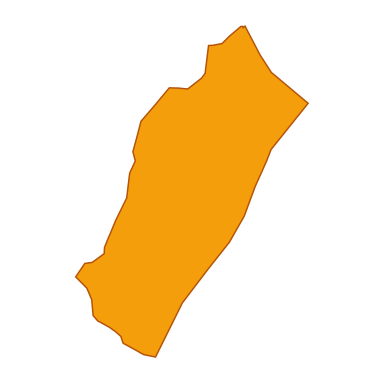 outline of Kerki, Chardzhou, Turkmenistan, rotated 87°
{"feature_id": "10190150B1660542161476", "entity_name": "Kerki", "entity_type": "district", "adm_level": 2, "iso_a3": "TKM", "parent_name": "Turkmenistan", "parent_adm1": "Chardzhou", "projection": "mercator", "projection_center": [64.9, 38.442], "detail": "fine", "context": "isolated", "style": "filled", "palette": "amber", "viewbox_px": 384, "rotation_deg": 87, "n_neighbors": 0, "source": "geoboundaries", "source_scale": "gbopen_adm2", "svg_char_len": 1083}
<svg xmlns="http://www.w3.org/2000/svg" viewBox="0 0 384 384"><g transform="rotate(87 192 192)"><path d="M97.1,84.7L76.8,106.5L57.9,117.3L57.5,117.4L29.1,130.4L30.6,132.3L29.2,132.8L29.3,134.6L38.3,146.4L45.3,154.2L46.6,163.4L46.6,167.8L74.2,172.7L78.8,176.5L88.9,190.9L87.5,200.3L86.8,209.2L100.9,222.3L101.1,222.4L118.8,239.3L132.5,243.6L143.5,247.2L148.7,248.9L150.0,248.6L158.0,247.0L159.6,247.8L169.8,253.2L175.3,254.2L191.0,256.9L194.5,257.5L212.6,267.6L216.8,269.9L231.1,276.7L231.5,277.0L242.8,282.3L249.0,282.9L249.6,283.9L257.1,295.3L257.7,302.7L260.7,305.0L264.6,308.0L270.7,312.6L271.9,311.5L277.5,306.5L281.0,303.4L282.4,302.1L289.2,299.6L290.7,299.1L294.2,297.8L294.5,297.8L310.3,297.2L315.9,292.8L317.7,289.7L319.0,287.6L319.6,286.6L322.7,281.7L325.8,277.8L327.6,275.5L330.5,272.6L332.6,270.5L333.3,270.4L339.4,268.7L344.2,260.9L347.3,255.9L348.7,253.8L351.8,248.9L354.9,237.1L353.7,236.4L302.2,207.4L270.1,180.2L244.1,157.3L218.8,141.1L190.2,128.8L164.8,115.8L153.7,110.8L109.5,71.4L97.2,84.6L97.1,84.7Z" fill="#f59e0b" stroke="#b45309" stroke-width="1.5"/></g></svg>